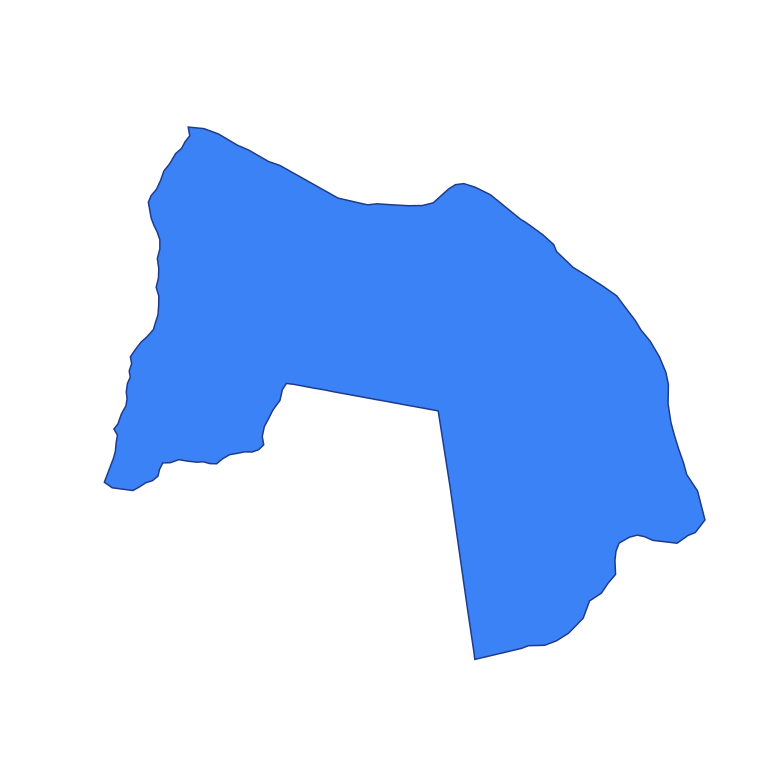 outline of São Miguel do Tocantins, Tocantins, Brazil, rotated 350°
{"feature_id": "56859067B58723605824878", "entity_name": "São Miguel do Tocantins", "entity_type": "district", "adm_level": 2, "iso_a3": "BRA", "parent_name": "Brazil", "parent_adm1": "Tocantins", "projection": "mercator", "projection_center": [-47.626, -5.548], "detail": "fine", "context": "isolated", "style": "filled", "palette": "blue", "viewbox_px": 768, "rotation_deg": 350, "n_neighbors": 0, "source": "geoboundaries", "source_scale": "gbopen_adm2", "svg_char_len": 1968}
<svg xmlns="http://www.w3.org/2000/svg" viewBox="0 0 768 768"><g transform="rotate(350 384 384)"><path d="M676.5,573.6L674.2,543.7L666.4,525.8L665.3,513.7L662.9,499.2L661.2,485.9L660.6,479.4L659.9,471.6L660.3,452.9L664.0,433.8L663.6,421.3L659.9,404.9L653.4,387.7L646.5,375.6L642.4,364.9L634.3,349.2L628.5,337.6L615.2,324.3L610.6,320.2L604.1,314.1L590.3,301.8L576.9,283.5L575.4,276.3L566.5,264.8L552.4,250.2L546.9,245.3L521.8,216.2L507.9,206.0L497.4,200.5L488.9,200.1L481.2,203.3L464.0,214.1L452.8,214.9L439.2,212.7L425.0,209.4L408.3,205.3L399.0,204.7L391.2,201.5L371.1,193.0L319.3,150.6L308.9,144.8L291.2,130.0L281.0,123.3L264.5,109.1L251.0,101.2L235.8,97.0L235.8,105.9L230.2,110.8L225.6,116.8L218.8,120.9L211.1,130.0L204.3,135.9L199.1,145.1L193.7,152.8L187.4,158.0L183.5,164.1L183.5,171.3L183.5,180.1L185.0,188.0L187.0,194.7L188.3,202.9L186.7,212.1L182.6,221.0L182.2,231.4L180.2,240.7L176.4,249.2L177.5,258.1L175.8,267.2L173.4,276.7L170.1,282.8L166.4,290.3L158.6,296.5L152.1,300.5L145.3,306.7L139.0,313.1L139.0,320.2L135.3,327.0L135.3,333.2L131.4,339.0L128.8,347.1L128.4,354.0L126.0,360.8L120.2,367.9L114.9,377.3L110.2,381.4L112.6,388.2L110.1,395.1L107.7,403.8L104.7,410.1L91.5,432.2L98.3,439.0L118.2,445.3L124.7,443.1L132.2,439.9L139.2,439.0L145.4,435.5L148.1,429.2L152.4,423.3L159.9,424.4L168.8,422.9L177.6,426.0L186.1,428.5L192.4,429.2L198.8,432.2L205.3,433.5L211.8,429.7L219.6,426.8L228.0,426.8L235.1,426.6L242.3,428.1L249.4,426.8L255.0,422.9L255.0,414.5L258.7,405.3L264.3,398.1L270.3,390.1L278.7,382.1L282.9,372.0L287.9,366.5L294.6,368.5L314.5,376.0L323.4,379.1L334.3,383.4L432.7,419.9L431.2,497.2L427.3,615.1L426.0,663.1L425.6,671.0L473.8,668.2L480.9,666.8L487.9,667.9L496.9,669.2L509.4,666.8L522.5,661.4L539.5,649.2L548.8,633.3L561.8,627.7L570.2,619.0L579.0,611.7L580.8,597.9L583.4,589.0L587.9,581.5L599.0,577.5L607.1,576.8L613.9,579.5L621.7,584.7L645.0,591.7L656.9,586.0L664.8,584.3L676.5,573.6Z" fill="#3b82f6" stroke="#1e3a8a" stroke-width="1.5"/></g></svg>